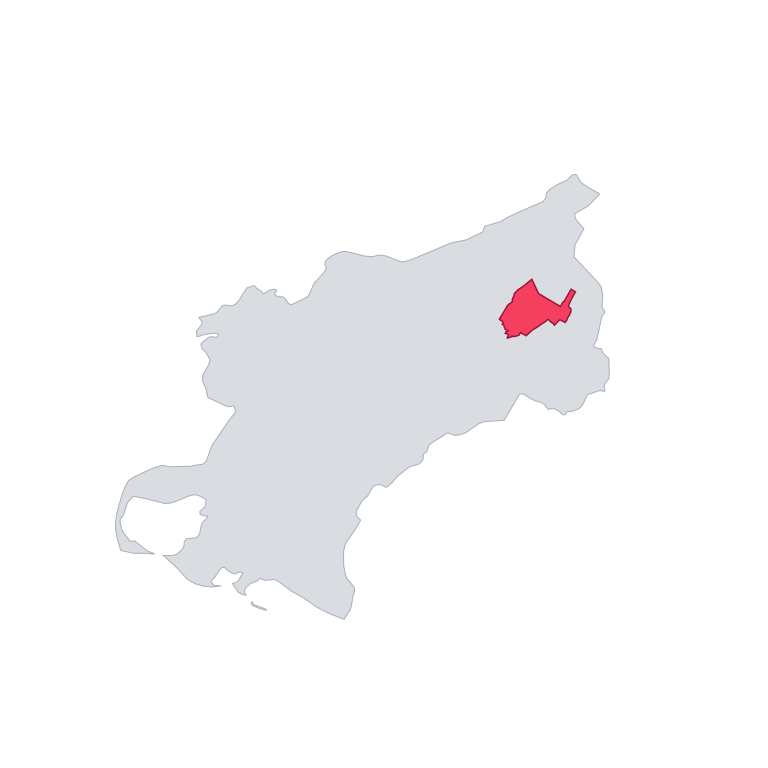 Yoloten, Mary, Turkmenistan shown in context, rotated 301°
{"feature_id": "10190150B71181095534415", "entity_name": "Yoloten", "entity_type": "district", "adm_level": 2, "iso_a3": "TKM", "parent_name": "Turkmenistan", "parent_adm1": "Mary", "projection": "mercator", "projection_center": [63.056, 37.187], "detail": "fine", "context": "in_parent", "style": "filled", "palette": "rose", "viewbox_px": 768, "rotation_deg": 301, "n_neighbors": 0, "source": "geoboundaries", "source_scale": "gbopen_adm2", "svg_char_len": 4746}
<svg xmlns="http://www.w3.org/2000/svg" viewBox="0 0 768 768"><g transform="rotate(301 384 384)"><path d="M242.9,268.2L274.2,270.0L283.9,271.3L287.8,266.8L287.6,265.6L286.2,264.7L283.9,261.5L281.7,240.1L284.5,237.0L287.6,234.8L292.2,228.0L294.6,226.0L298.2,224.2L310.2,223.8L315.2,222.5L319.5,214.7L320.4,210.2L323.7,206.6L325.5,206.6L333.7,209.7L335.4,211.3L338.1,217.0L341.2,216.6L341.6,215.7L341.3,214.5L339.0,210.9L333.9,204.5L328.9,200.4L328.5,199.1L332.7,195.9L341.3,197.2L343.5,196.2L345.7,191.0L357.0,202.6L359.2,203.8L368.2,205.3L369.7,206.9L372.8,213.6L375.8,215.4L379.6,216.6L395.7,216.9L400.7,221.3L401.5,222.4L400.5,225.5L400.2,231.5L399.0,233.9L399.8,234.9L405.5,237.4L408.8,241.3L409.2,242.9L408.2,244.0L405.5,243.5L404.2,245.2L404.2,248.4L406.1,251.3L406.7,254.0L404.0,260.2L403.9,262.7L404.8,264.2L419.2,273.5L421.5,273.8L435.4,272.1L438.0,273.1L450.2,275.2L453.6,274.9L455.9,271.9L458.1,270.7L460.2,270.7L466.0,272.6L472.1,276.6L476.2,280.2L478.2,283.5L483.7,301.6L487.4,308.9L491.7,312.8L494.8,319.8L497.4,335.0L499.0,338.1L505.6,344.1L539.3,368.7L549.4,379.8L565.2,390.3L571.0,389.1L583.2,400.2L591.1,404.5L601.1,411.2L622.3,426.3L626.8,426.9L631.9,424.8L636.4,426.0L644.3,429.9L652.8,435.7L660.1,437.7L662.2,440.2L662.3,441.6L658.2,448.9L657.6,458.2L658.1,470.6L656.1,470.8L641.8,467.3L628.2,459.7L625.0,462.2L623.4,464.7L620.0,475.4L601.7,476.1L590.9,481.3L581.0,516.0L578.9,520.2L572.9,525.8L562.4,531.3L560.8,533.5L560.4,535.6L559.1,536.2L553.3,536.2L531.3,543.7L526.4,543.7L524.5,544.3L523.7,545.6L526.1,552.5L524.1,554.4L522.7,557.8L521.6,563.7L507.1,572.9L504.0,574.0L498.2,573.1L495.2,574.1L492.1,577.0L490.7,576.1L490.0,573.1L488.4,571.2L479.4,563.8L469.0,565.0L465.1,564.4L462.0,563.1L457.2,558.9L454.2,554.8L451.0,555.3L450.0,553.4L449.9,551.1L450.8,548.4L450.6,543.3L448.7,539.6L446.7,538.0L449.0,532.0L449.0,527.5L447.5,522.7L446.9,515.7L447.3,508.9L445.3,505.4L414.7,505.7L403.7,489.7L399.2,485.8L384.0,479.0L379.8,475.4L376.4,471.4L375.5,465.9L373.8,462.6L371.4,462.1L359.4,455.7L354.6,454.0L348.1,455.6L344.2,453.8L339.7,456.2L337.7,456.4L332.8,454.9L326.8,449.0L321.8,446.7L311.1,442.9L303.7,441.8L297.1,439.5L296.4,438.7L296.2,433.8L295.3,431.7L293.4,429.2L290.8,427.4L279.5,427.6L274.3,425.7L270.1,425.4L261.1,425.7L258.2,427.1L256.5,428.7L255.5,433.5L254.5,434.2L245.8,434.3L227.2,433.2L219.4,435.7L207.4,443.1L200.5,449.3L198.4,452.0L194.4,463.0L192.6,464.6L190.2,465.9L187.8,466.1L176.8,470.4L172.6,471.4L161.6,470.9L159.0,454.7L158.1,441.8L159.3,423.9L158.7,412.4L160.5,394.8L159.9,390.5L154.2,382.7L153.4,377.3L150.0,376.9L144.4,372.4L138.9,370.6L136.2,370.5L133.7,371.8L131.8,374.5L130.5,370.3L130.6,365.9L134.9,356.9L137.7,359.6L141.0,360.6L149.4,360.1L148.6,357.0L144.2,353.9L143.4,349.8L143.7,345.5L144.8,341.5L143.5,339.9L141.6,338.9L137.0,339.0L125.2,337.5L123.8,342.2L127.1,348.5L121.6,341.4L118.0,334.1L115.6,325.6L115.2,316.3L119.7,301.5L123.4,283.1L128.0,290.8L131.4,294.2L138.8,296.4L142.3,295.9L146.1,293.9L149.9,294.6L155.7,302.5L159.9,303.4L168.5,300.3L172.6,299.7L176.2,301.0L179.9,301.1L178.3,297.3L177.6,293.7L179.8,291.8L186.6,293.8L192.0,291.7L193.0,290.8L193.5,287.6L192.7,281.4L191.5,278.7L188.3,275.0L176.2,266.1L172.2,262.5L168.8,257.9L163.2,239.5L159.0,227.7L157.3,226.3L150.3,225.3L136.9,228.2L132.1,227.6L129.9,228.8L124.5,233.8L121.9,238.0L118.4,247.8L121.1,250.9L119.0,267.2L120.2,274.1L119.8,274.6L115.7,266.0L110.3,257.4L105.7,244.1L113.7,235.5L120.6,229.3L127.9,224.7L135.5,221.6L152.6,216.8L162.1,215.0L169.8,214.7L175.7,217.7L191.7,228.4L198.6,234.4L200.6,236.8L202.5,242.6L214.2,261.1L217.0,263.7L221.5,269.6L225.9,271.4L242.9,268.2ZM130.0,397.9L129.6,400.2L127.5,393.1L126.4,385.2L127.8,383.0L129.3,383.1L127.8,386.0L130.0,397.9Z" fill="#d9dde1" stroke="#a8b0b8" stroke-width="1"/><path d="M533.9,450.4L529.6,449.3L528.6,449.2L526.8,449.9L523.0,450.3L521.3,451.2L520.2,451.6L518.2,450.6L515.5,449.5L511.2,449.5L506.5,449.5L501.9,449.5L498.9,449.5L498.7,451.7L498.6,453.4L497.8,454.5L496.1,454.7L496.4,455.4L495.7,456.8L494.7,457.9L493.5,459.4L493.6,463.0L492.7,462.5L491.6,461.7L489.8,461.9L490.4,463.6L490.1,465.5L489.0,465.7L488.1,465.6L487.0,466.0L486.9,466.1L490.2,469.0L491.1,469.0L491.3,470.8L495.1,474.5L498.4,474.5L498.6,481.0L506.2,483.2L512.2,486.3L518.0,488.9L520.8,490.3L523.7,491.1L523.9,492.5L523.0,494.8L523.0,498.0L522.2,499.8L528.8,501.3L529.7,501.7L529.8,503.6L529.9,504.8L530.0,507.6L532.9,507.8L534.9,507.3L535.1,507.3L538.5,507.4L542.3,506.9L544.9,505.3L545.1,503.2L546.5,501.6L550.0,501.3L551.3,501.1L553.1,500.9L554.3,500.9L556.1,500.8L561.5,500.7L561.6,495.6L547.6,495.8L546.9,495.5L546.0,495.1L541.3,495.4L541.2,484.4L541.1,469.9L549.9,456.8L549.7,456.7L539.9,453.2L533.9,450.4Z" fill="#f43f5e" stroke="#9f1239" stroke-width="1.5"/></g></svg>